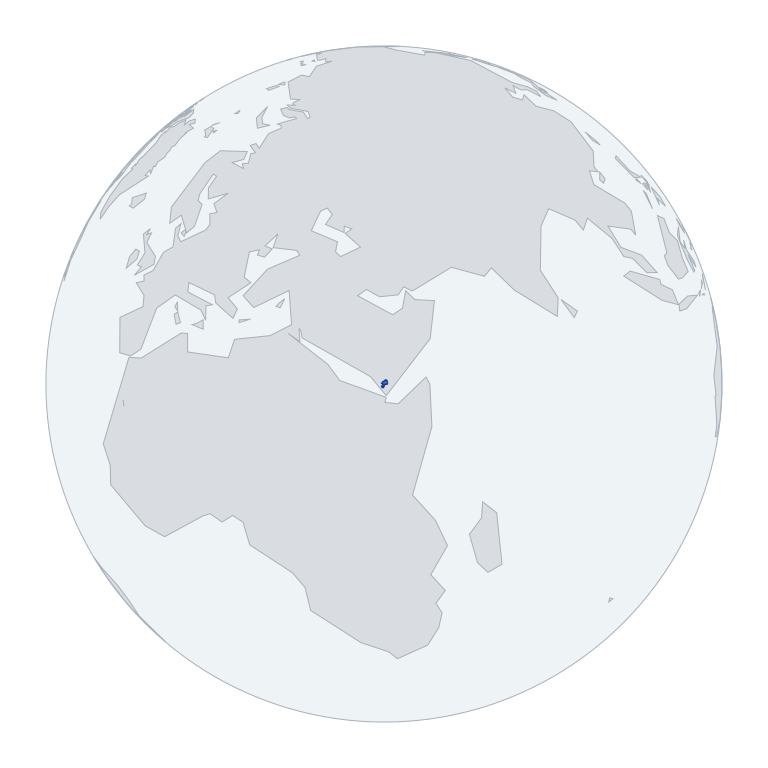 Dhamar on an orthographic globe, rotated 331°
{"feature_id": "YEM-153", "entity_name": "Dhamar", "entity_type": "Governorate", "adm_level": 1, "iso_a3": "YEM", "parent_name": "Yemen", "parent_adm1": "", "projection": "orthographic", "projection_center": [44.123, 14.553], "detail": "fine", "context": "on_globe", "style": "filled", "palette": "blue", "viewbox_px": 768, "rotation_deg": 331, "n_neighbors": 0, "source": "natural_earth", "source_scale": "10m", "svg_char_len": 10381}
<svg xmlns="http://www.w3.org/2000/svg" viewBox="0 0 768 768"><g transform="rotate(331 384 384)"><circle cx="384" cy="384" r="338" fill="#eef3f6" stroke="#a8b0b8"/><path d="M314.5,53.3L313.2,53.6L303.9,55.7L314.5,53.3ZM289.4,59.6L294.5,58.2L283.7,61.5L277.0,63.5L278.7,62.9L289.4,59.6ZM248.2,74.6L245.9,75.6L234.3,81.2L224.1,86.4L218.7,89.4L225.6,86.3L203.9,98.9L184.9,113.1L179.7,116.9L174.5,119.3L178.8,115.5L200.8,100.0L224.0,86.4L248.2,74.6ZM157.7,133.0L161.1,130.1L155.8,134.8L155.1,135.4L157.7,133.0ZM46.3,395.3L48.3,409.1L53.4,430.8L56.1,450.8L57.4,468.3L68.0,503.7L59.2,477.3L52.7,450.4L48.3,422.9L46.3,395.3ZM459.2,54.6L458.3,54.4L456.2,53.9L459.2,54.6ZM327.9,50.8L329.1,50.6L325.2,51.4L323.4,51.6L316.9,52.8L317.4,52.7L327.9,50.8ZM320.5,52.2L322.9,52.0L317.1,53.2L314.8,53.3L320.5,52.2ZM337.3,49.3L333.8,49.8L333.5,49.9L337.3,49.3ZM297.9,58.8L301.1,57.5L306.2,56.4L297.9,58.8ZM324.3,51.8L326.2,51.4L328.6,51.0L329.0,51.3L324.3,51.8ZM350.6,47.7L348.7,48.0L357.1,47.2L356.4,47.4L345.8,48.4L350.0,48.1L349.8,48.2L341.4,49.0L350.6,47.7ZM336.6,50.5L322.9,52.7L315.9,54.9L311.1,55.8L323.2,52.2L336.6,50.5ZM340.2,49.4L336.9,50.2L332.6,50.6L332.2,50.3L340.2,49.4ZM359.7,47.4L363.6,46.7L365.7,46.6L359.7,47.4ZM335.4,50.9L338.8,50.4L335.4,51.0L335.4,50.9ZM353.2,48.2L354.2,47.9L356.7,47.7L353.2,48.2ZM344.5,50.0L340.1,50.6L339.7,50.3L344.5,50.0ZM349.2,49.1L352.3,49.0L342.2,49.8L349.3,48.9L349.2,49.1ZM355.3,48.1L357.1,47.9L354.5,48.3L355.3,48.1ZM348.7,51.4L336.1,52.5L335.1,51.6L347.5,50.5L348.7,51.4ZM562.2,96.9L556.0,93.1L524.4,76.6L562.2,96.9ZM521.4,75.3L533.4,80.9L528.6,78.7L533.2,81.1L543.8,86.7L545.9,87.7L556.1,97.4L579.1,116.1L580.7,113.8L589.3,118.9L616.8,143.3L642.1,182.3L653.7,193.7L659.5,202.1L660.4,208.6L652.1,196.2L646.3,193.1L641.5,185.7L640.2,193.6L633.2,183.5L635.6,195.5L642.9,202.8L646.6,198.8L651.7,214.8L665.0,227.5L674.7,245.4L679.9,281.8L672.9,296.0L674.2,302.3L667.1,297.1L664.2,311.3L682.4,342.7L684.1,352.9L676.3,375.7L675.0,368.3L656.4,354.4L657.5,379.4L671.8,396.2L676.9,418.9L667.9,414.1L662.2,394.4L655.6,388.8L654.1,367.3L642.3,337.6L633.0,346.0L630.6,333.4L613.0,310.5L597.8,322.1L575.9,360.3L578.1,393.0L568.3,408.9L543.5,365.0L534.2,334.4L524.1,338.5L499.6,314.6L453.9,316.4L448.4,308.6L439.6,312.9L422.5,305.6L414.5,292.8L403.7,294.0L425.2,327.7L436.9,326.7L448.2,312.9L451.9,325.2L468.5,335.5L446.4,366.7L380.3,395.3L375.7,370.9L334.8,304.1L337.1,296.7L337.0,295.9L336.6,294.4L331.0,306.2L324.6,293.3L344.4,339.6L347.0,359.5L379.4,396.7L375.9,400.6L386.8,408.2L424.2,398.3L424.0,406.4L405.3,444.4L355.1,495.0L362.9,528.3L361.2,556.1L332.4,573.5L337.5,594.3L323.1,600.9L323.9,612.3L313.7,623.6L295.8,633.5L262.5,630.8L258.4,620.7L238.5,599.1L210.1,546.5L216.3,523.8L212.5,504.8L188.6,459.6L193.7,436.5L187.9,425.6L175.5,426.2L169.0,413.1L161.7,411.6L118.1,411.2L106.4,392.3L96.1,339.7L105.1,322.4L109.5,300.2L173.8,237.1L184.3,243.6L231.4,241.1L236.7,244.5L227.8,260.8L260.5,285.6L275.0,272.5L307.9,286.5L331.9,287.3L346.4,256.2L307.1,254.0L303.6,238.5L337.8,227.1L372.7,230.6L372.4,224.8L353.2,211.0L364.0,201.2L346.8,205.6L351.7,211.6L341.0,215.1L335.9,209.9L340.0,206.2L330.3,203.2L313.5,222.7L316.7,230.9L289.5,232.9L292.1,247.3L283.7,253.4L276.2,231.5L279.1,224.0L262.6,200.6L257.1,208.4L272.3,231.5L266.2,229.3L258.9,241.8L259.7,230.6L244.6,204.9L222.0,207.4L188.2,235.7L176.0,236.6L168.0,228.6L185.4,197.7L210.7,199.5L217.1,190.1L216.4,175.3L224.1,177.6L226.9,172.3L236.9,172.9L255.1,161.9L265.9,161.8L277.2,146.8L284.3,145.2L275.6,154.2L275.3,161.1L302.6,162.9L309.1,160.1L314.2,150.7L321.1,153.0L322.6,143.8L340.3,141.6L320.0,137.0L325.5,127.4L338.3,121.1L336.5,117.6L315.5,128.1L310.4,133.3L311.9,138.8L294.8,154.2L284.6,156.2L288.6,138.1L274.5,139.5L283.8,126.2L334.8,103.6L354.0,100.7L377.1,114.4L370.3,119.6L358.6,116.8L365.6,127.5L366.8,122.7L372.5,125.1L379.2,118.0L383.6,119.5L382.6,110.6L388.6,111.6L389.2,117.3L404.3,109.1L418.1,110.4L419.4,108.0L416.9,105.0L436.1,109.4L436.2,107.5L430.0,105.2L426.2,100.2L426.9,93.4L433.5,95.3L434.1,98.0L445.3,107.1L445.9,114.8L448.7,115.0L449.7,108.8L436.1,97.6L434.7,93.1L442.2,97.7L439.4,95.6L440.7,94.0L448.2,94.5L440.4,89.4L446.5,73.4L461.6,73.9L467.7,79.0L478.9,73.3L495.1,76.5L489.3,74.1L490.8,71.1L485.7,70.0L483.0,68.7L484.5,63.3L489.9,64.3L484.0,61.4L481.0,60.4L476.7,59.3L470.7,57.4L496.4,65.3L521.4,75.3ZM148.2,271.2L145.6,277.6L148.2,271.2ZM407.7,251.5L429.8,252.9L423.1,233.4L431.0,232.7L425.8,226.7L422.5,232.1L410.2,216.1L420.9,210.7L419.8,202.7L412.3,202.0L394.7,214.7L412.2,237.0L405.7,244.9L407.7,251.5ZM162.3,131.2L153.9,138.8L159.2,133.6L156.2,135.6L163.7,128.0L177.4,118.4L169.9,123.8L162.3,131.2ZM176.5,117.3L171.3,121.5L175.6,118.0L176.5,117.3ZM232.4,145.7L234.4,149.3L228.4,154.9L214.8,157.7L223.2,149.3L232.4,145.7ZM238.5,153.4L246.3,136.3L255.1,134.8L248.9,138.3L253.9,139.1L245.2,145.2L245.9,161.6L240.8,167.8L218.4,167.9L228.6,164.0L226.0,160.3L238.5,153.4ZM250.7,104.0L254.2,99.0L268.7,101.8L263.8,106.3L249.9,108.6L247.6,104.8L250.7,104.0ZM271.0,66.0L271.4,65.6L274.0,64.8L275.8,64.4L271.0,66.0ZM299.0,58.3L272.0,67.4L271.1,67.2L256.3,74.0L248.2,76.5L258.0,71.7L240.7,79.3L246.3,76.0L234.9,81.5L257.5,70.8L261.9,68.9L260.2,69.9L267.5,67.5L272.0,66.0L287.9,60.6L300.9,56.5L310.2,54.4L313.4,54.1L311.7,54.7L306.2,55.7L307.9,55.9L298.6,57.9L299.0,58.3ZM345.2,64.1L339.5,62.7L341.4,67.8L332.1,68.0L332.9,68.6L324.8,70.5L316.4,74.1L312.7,73.8L311.1,75.5L305.7,77.1L302.1,79.4L294.2,80.0L289.2,83.0L288.3,81.6L281.9,86.9L283.1,83.3L276.2,85.8L278.7,87.9L244.4,90.2L229.1,95.5L215.7,102.3L219.6,96.6L234.6,87.2L254.3,77.9L268.5,74.2L267.7,72.9L274.2,71.0L272.1,72.8L279.2,68.9L284.1,68.0L301.6,62.6L308.9,58.7L315.4,57.1L315.0,58.2L321.9,55.9L325.5,57.2L330.3,56.3L338.6,57.2L335.0,60.7L340.6,59.5L347.3,60.7L345.2,64.1ZM350.7,51.6L348.5,54.7L342.3,56.6L330.4,54.5L325.5,55.1L317.6,54.8L326.8,52.3L328.2,52.5L331.7,52.2L327.4,53.1L333.5,52.2L335.6,52.6L340.9,52.2L338.7,53.2L350.7,51.6ZM244.9,239.0L249.4,240.2L256.9,240.2L252.4,248.5L244.9,239.0ZM234.1,221.5L238.5,220.9L235.8,231.7L231.1,230.9L234.1,221.5ZM243.2,211.9L239.0,220.0L238.5,215.2L243.2,211.9ZM279.9,153.5L284.8,152.7L284.5,155.0L280.7,158.2L279.9,153.5ZM349.0,82.8L346.7,80.8L348.7,80.1L350.3,74.9L357.4,74.9L359.1,78.0L349.0,82.8ZM338.5,261.3L330.2,267.0L327.2,263.9L330.6,262.5L338.5,261.3ZM288.2,257.7L298.7,262.5L286.9,260.0L288.2,257.7ZM356.9,81.9L356.8,79.6L360.4,81.1L356.9,81.9ZM362.6,74.7L367.2,75.9L358.4,74.3L362.6,74.7ZM477.7,680.4L480.3,682.8L474.9,683.6L477.7,680.4ZM420.1,551.3L399.9,598.8L383.6,599.1L379.2,585.5L385.8,556.9L404.4,548.4L413.2,534.9L420.1,551.3ZM705.6,460.2L707.8,459.9L707.5,461.5L705.6,460.2ZM703.6,456.7L706.6,455.2L702.5,460.4L703.6,456.7ZM707.7,454.7L710.8,449.8L712.2,446.4L711.5,449.7L707.7,454.7ZM701.2,458.2L685.3,464.9L678.1,463.6L680.6,457.3L692.2,454.3L701.2,458.2ZM680.0,457.4L667.9,445.8L646.0,405.8L654.0,404.6L675.8,426.2L674.6,431.4L681.9,441.3L680.0,457.4ZM706.1,418.1L704.6,433.0L696.6,435.7L692.5,435.1L689.8,417.7L691.4,407.7L695.0,406.5L704.8,369.2L709.0,375.0L707.0,390.1L710.2,401.0L706.1,418.1ZM579.8,395.9L588.5,414.0L582.6,418.1L579.8,395.9ZM705.7,344.9L703.8,360.9L704.6,340.5L705.7,344.9ZM704.3,326.5L706.0,333.3L703.1,327.5L704.3,326.5ZM676.9,311.7L673.3,314.8L671.7,310.0L675.4,303.3L676.9,311.7ZM682.1,261.0L687.6,274.8L688.9,279.8L684.5,272.1L682.1,261.0ZM416.8,84.8L406.7,91.4L404.0,97.5L409.9,102.5L397.3,98.9L401.4,89.4L416.8,84.8ZM442.1,74.3L437.0,70.9L442.0,71.2L443.9,72.1L442.1,74.3ZM437.1,73.0L425.5,71.3L424.4,68.7L433.7,70.5L437.1,73.0ZM391.0,74.8L387.5,76.6L384.7,75.2L391.0,74.8ZM661.2,577.3L649.7,591.2L648.1,590.8L655.4,580.9L667.7,555.0L668.9,554.8L676.7,536.4L693.7,512.5L708.0,476.5L709.4,474.9L711.5,467.3L704.7,490.6L696.2,513.4L686.0,535.5L674.3,556.9L661.2,577.3ZM710.8,457.6L714.9,443.9L716.0,441.7L710.8,457.6ZM721.0,409.1L721.3,403.3L721.6,397.8L721.0,409.1ZM721.7,397.2L721.2,394.7L721.9,388.8L721.7,397.2ZM718.8,412.4L718.5,416.3L718.0,414.1L718.8,412.4ZM719.7,409.1L720.6,410.9L719.3,412.6L719.7,409.1ZM712.0,403.1L712.9,411.4L715.9,403.4L713.6,413.4L714.7,426.8L713.5,433.0L712.7,418.3L710.8,435.5L709.3,436.2L709.5,422.4L711.5,404.1L712.9,396.0L717.8,389.0L712.0,403.1ZM720.0,398.0L719.5,388.2L719.7,380.7L720.3,385.6L720.0,398.0ZM716.4,365.0L713.1,354.8L711.7,360.9L713.2,341.2L716.3,354.2L716.4,365.0ZM711.3,340.3L710.1,345.8L710.4,334.8L711.3,340.3ZM708.9,342.3L707.2,334.2L709.0,334.2L708.9,342.3ZM712.3,340.0L709.9,325.8L712.2,333.4L712.3,340.0ZM702.3,316.6L708.8,327.5L703.0,324.9L695.7,298.9L697.6,296.9L702.3,316.6ZM668.3,208.7L663.9,202.3L663.6,199.8L666.8,204.8L668.3,208.7ZM658.8,188.3L662.1,197.1L664.1,205.5L666.7,207.8L673.0,219.8L665.5,210.3L659.2,196.2L658.9,192.1L652.5,182.7L648.4,175.5L639.4,164.8L635.5,159.8L643.5,168.5L658.8,188.3ZM635.5,160.5L618.4,142.4L620.9,143.4L625.2,147.6L632.0,155.2L630.3,154.1L635.5,160.5ZM615.0,138.6L613.2,137.7L584.2,115.1L578.7,110.8L602.1,127.1L601.6,127.3L608.3,133.1L615.0,138.6ZM461.9,55.2L458.6,54.5L461.2,55.0L461.9,55.2ZM480.2,68.2L477.1,66.6L480.3,66.8L480.2,68.2ZM470.0,62.6L468.6,63.3L467.4,61.7L470.0,62.6ZM465.9,65.5L466.7,63.2L469.9,66.6L465.9,65.5Z" fill="#d9dde1" stroke="#a8b0b8" stroke-width="1"/><path d="M381.7,386.8L381.3,386.6L381.1,386.5L381.0,386.4L380.9,386.3L380.8,386.1L380.8,385.9L380.6,385.1L380.8,385.0L381.0,385.0L381.3,384.8L381.5,384.7L381.9,384.5L382.0,384.6L382.3,384.6L382.8,384.3L382.9,384.2L383.0,384.1L383.1,383.9L383.2,383.7L383.0,383.3L382.9,383.2L382.5,382.7L382.4,382.6L382.3,382.3L382.3,382.2L382.6,382.2L382.9,382.2L383.0,382.1L383.3,381.9L383.5,381.7L383.9,381.5L384.1,381.4L384.4,381.4L384.5,381.5L384.8,381.7L384.9,381.8L385.3,381.9L385.5,381.8L385.6,381.7L385.8,381.5L386.0,381.7L386.2,381.8L386.4,381.7L386.6,381.6L386.7,381.4L386.8,381.3L386.9,381.2L387.0,381.2L387.3,381.2L387.5,381.2L387.6,381.3L387.8,381.5L387.8,381.9L388.0,382.1L388.2,382.5L388.3,382.8L387.8,383.3L387.7,383.9L387.6,384.7L387.4,385.0L387.2,385.2L387.0,385.3L386.9,385.6L386.7,385.6L386.3,385.5L386.0,385.3L385.9,385.3L385.7,385.2L385.3,385.1L385.2,385.0L385.1,384.9L384.8,384.7L384.7,384.6L384.6,384.8L384.5,385.0L384.2,385.1L384.0,384.7L383.9,384.7L383.8,384.8L383.6,384.9L383.5,385.0L383.3,385.2L383.2,385.2L383.1,385.3L383.1,385.5L383.0,386.0L382.9,386.1L382.7,386.1L382.6,385.9L382.4,386.0L382.3,386.3L382.2,386.4L382.1,386.6L381.9,386.7L381.8,386.8L381.7,386.8Z" fill="#3b82f6" stroke="#1e3a8a" stroke-width="1.5"/></g></svg>